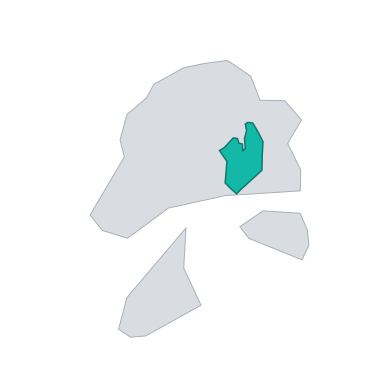 Sha Tin highlighted on a map of Hong Kong S.A.R., rotated 331°
{"feature_id": "HKG-5163", "entity_name": "Sha Tin", "entity_type": "state/province", "adm_level": 1, "iso_a3": "HKG", "parent_name": "Hong Kong S.A.R.", "parent_adm1": "", "projection": "robinson", "projection_center": [114.207, 22.389], "detail": "fine", "context": "in_parent", "style": "filled", "palette": "teal", "viewbox_px": 384, "rotation_deg": 331, "n_neighbors": 0, "source": "natural_earth", "source_scale": "10m", "svg_char_len": 978}
<svg xmlns="http://www.w3.org/2000/svg" viewBox="0 0 384 384"><g transform="rotate(331 192 192)"><path d="M154.3,111.6L155.8,110.1L172.7,92.7L197.7,87.6L210.9,79.3L245.3,79.3L266.3,86.0L286.2,93.9L288.1,96.5L299.5,119.2L296.0,144.7L317.4,157.1L322.7,182.1L299.2,195.8L297.8,225.4L287.3,243.5L219.4,211.3L163.5,194.6L113.2,201.2L94.9,182.2L91.7,162.7L149.8,128.6L154.3,111.6ZM145.0,295.4L81.6,295.4L68.0,289.3L61.3,276.4L83.8,252.8L169.3,220.5L147.9,254.5L145.0,295.4ZM268.4,295.3L255.3,304.7L219.2,260.1L217.0,245.5L244.9,242.9L276.2,263.0L274.4,281.3L268.4,295.3Z" fill="#d9dde1" stroke="#a8b0b8" stroke-width="1"/><path d="M254.3,164.7L257.7,167.3L256.7,172.1L259.3,174.4L256.4,180.7L259.7,179.7L263.8,170.7L269.5,164.8L271.6,158.3L274.6,158.2L278.6,161.1L278.9,172.1L278.4,182.6L271.5,193.5L263.7,206.9L243.9,211.6L235.7,213.5L230.2,215.3L227.5,207.8L225.4,200.2L237.4,182.1L236.1,169.0L241.9,168.8L254.3,164.7Z" fill="#14b8a6" stroke="#0f766e" stroke-width="1.5"/></g></svg>